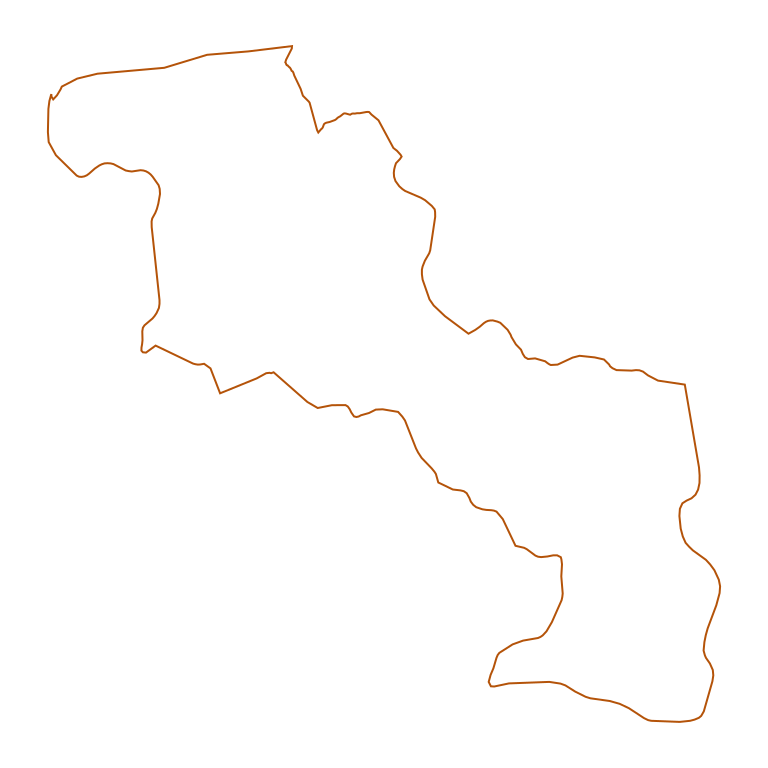 Aragua, Natural Earth projection
{"feature_id": "VEN-41", "entity_name": "Aragua", "entity_type": "State", "adm_level": 1, "iso_a3": "VEN", "parent_name": "Venezuela", "parent_adm1": "", "projection": "natural_earth1", "projection_center": [-67.18, 9.967], "detail": "fine", "context": "isolated", "style": "outline", "palette": "amber", "viewbox_px": 768, "rotation_deg": 0, "n_neighbors": 0, "source": "natural_earth", "source_scale": "10m", "svg_char_len": 4050}
<svg xmlns="http://www.w3.org/2000/svg" viewBox="0 0 768 768"><path d="M51.3,94.1L51.5,96.6L53.2,99.4L57.0,95.3L60.6,89.3L61.8,86.6L77.2,78.6L97.5,73.7L164.3,67.8L207.1,54.8L248.4,51.4L292.0,46.1L291.8,48.5L286.1,59.7L285.3,62.4L285.9,63.2L286.2,64.3L286.5,64.8L286.7,65.1L286.8,65.2L287.0,65.2L287.5,65.3L288.4,66.3L288.8,66.7L289.5,67.4L289.9,67.6L290.1,67.9L290.9,69.2L291.4,70.3L291.6,70.8L291.9,71.0L292.2,71.2L292.5,71.3L292.9,71.8L293.4,72.8L294.3,75.6L300.6,88.8L302.9,95.7L308.8,101.6L309.6,102.7L317.1,130.2L318.3,132.5L321.2,129.1L321.8,128.7L322.2,128.2L322.6,127.7L322.9,127.1L323.7,124.9L324.0,124.2L324.4,123.8L324.9,123.4L326.1,122.8L326.8,122.6L329.6,122.0L334.5,120.2L335.2,119.9L336.3,119.1L337.5,117.9L338.5,117.2L340.2,116.3L343.6,113.6L344.5,113.4L345.8,113.5L349.3,114.5L350.2,114.7L350.5,114.5L351.7,113.8L352.2,113.6L353.3,113.5L354.9,113.6L355.4,113.5L357.0,113.2L359.8,113.2L366.4,112.0L368.0,111.9L369.2,112.1L371.4,114.5L378.5,120.3L393.4,148.0L397.0,150.8L400.6,154.8L401.6,156.6L399.9,159.1L396.0,163.2L395.0,166.2L394.2,169.4L393.8,172.9L394.1,176.9L395.5,181.1L399.3,186.3L402.3,189.0L405.2,191.0L420.8,197.7L425.1,200.2L431.8,205.9L434.7,209.4L435.1,212.1L435.2,216.8L430.2,250.3L429.2,253.3L424.9,260.7L422.6,266.5L421.9,269.7L421.9,274.2L422.6,279.6L429.5,299.4L433.7,305.5L445.0,316.2L468.5,333.7L475.3,329.9L479.8,326.7L483.8,323.2L485.9,321.8L488.0,320.9L490.2,320.5L492.8,320.4L497.4,321.6L500.3,322.8L507.6,329.8L510.6,334.7L511.5,337.1L515.9,344.4L521.0,349.7L522.8,353.9L524.9,357.2L528.0,359.0L535.1,358.4L545.2,361.3L547.5,363.1L549.3,364.3L550.8,365.0L557.6,364.6L572.6,357.6L579.6,355.8L594.7,357.4L604.0,359.5L609.1,364.5L610.1,366.3L612.5,368.2L616.5,370.1L631.7,370.6L636.0,370.1L639.4,370.3L643.0,371.6L648.0,375.4L658.0,380.6L684.8,384.6L699.0,467.4L699.6,475.3L699.5,483.0L698.1,489.6L695.5,494.7L691.5,498.3L686.6,500.6L682.4,503.3L679.9,508.8L679.4,516.0L680.7,528.6L682.8,536.5L685.6,542.8L689.1,546.7L692.9,550.4L705.9,559.8L710.2,564.5L714.4,570.2L718.8,579.7L720.1,586.3L719.6,593.1L716.3,605.3L707.7,628.3L705.8,635.1L704.4,642.1L703.6,650.6L704.9,655.4L706.0,657.9L709.9,663.5L712.8,670.0L713.3,675.4L712.4,681.3L703.8,711.4L701.2,715.9L698.9,717.8L694.6,719.6L690.1,720.8L679.7,721.9L651.2,720.8L648.1,720.1L644.0,718.1L628.9,708.2L619.6,703.8L609.7,701.0L590.4,698.3L585.6,696.8L575.2,691.6L565.4,685.4L560.5,683.6L549.3,681.9L509.0,683.4L494.3,686.5L490.9,686.3L488.7,681.9L490.6,674.9L493.4,668.3L496.5,657.8L497.7,655.0L499.4,652.8L512.6,644.4L523.1,640.6L538.0,638.0L540.5,636.9L542.7,635.4L546.5,631.3L551.9,622.1L561.6,600.2L562.3,597.0L562.7,593.5L561.3,576.4L562.0,564.3L561.4,559.4L560.8,557.2L557.1,555.3L553.4,555.3L547.3,556.5L541.1,557.1L538.0,556.7L535.4,555.6L526.8,549.2L524.1,547.8L515.5,545.8L502.8,519.1L496.5,511.6L493.9,510.6L491.3,510.2L486.3,509.9L482.4,509.3L476.2,507.2L473.2,504.8L470.8,501.6L469.4,498.0L466.7,493.2L463.8,491.2L460.5,490.4L452.8,489.5L438.3,482.5L435.9,474.0L434.5,471.8L431.7,468.4L421.6,457.9L418.1,452.5L416.0,448.4L405.0,420.5L402.3,416.6L398.1,411.9L382.7,409.3L375.8,409.6L369.0,413.0L360.9,415.3L358.7,416.5L356.4,417.0L354.0,416.4L351.3,412.5L349.7,409.2L347.8,406.5L345.5,405.1L331.9,405.2L317.7,408.0L307.4,402.0L273.6,372.3L271.1,373.2L269.6,372.8L266.2,373.2L256.7,378.4L220.1,393.3L210.5,368.4L204.1,363.8L200.1,364.5L197.8,364.6L195.3,364.2L193.1,363.6L155.6,345.6L146.0,352.6L142.9,352.3L141.4,350.6L141.5,347.5L142.1,344.2L142.5,340.3L142.3,331.3L142.9,327.7L144.5,325.3L152.5,318.5L154.6,316.0L156.6,313.0L158.9,308.0L159.5,303.9L159.5,300.1L151.7,227.1L151.6,221.4L152.2,218.5L155.3,212.9L156.9,208.9L158.3,203.7L160.0,194.0L159.7,188.9L158.6,185.2L152.7,176.8L150.7,174.5L148.5,172.7L146.0,171.3L143.4,170.5L140.5,170.2L131.8,171.5L128.7,171.1L125.7,170.5L113.5,164.1L110.6,163.4L107.5,163.2L104.5,163.4L101.7,164.3L99.3,165.5L94.9,168.5L89.0,173.7L86.8,175.3L84.3,176.4L81.6,176.9L79.0,176.7L76.7,175.6L55.9,155.2L48.7,142.1L47.9,132.1L48.4,108.9L49.4,101.0L51.3,94.1Z" fill="none" stroke="#b45309" stroke-width="2"/></svg>